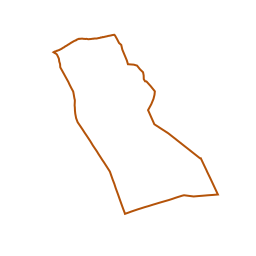 the district of Malem Hodar, Kaffrine, Senegal, rotated 149°
{"feature_id": "50182788B13883389428586", "entity_name": "Malem Hodar", "entity_type": "district", "adm_level": 2, "iso_a3": "SEN", "parent_name": "Senegal", "parent_adm1": "Kaffrine", "projection": "equal_earth", "projection_center": [-15.234, 14.358], "detail": "fine", "context": "isolated", "style": "outline", "palette": "amber", "viewbox_px": 256, "rotation_deg": 149, "n_neighbors": 0, "source": "geoboundaries", "source_scale": "gbopen_adm2", "svg_char_len": 2913}
<svg xmlns="http://www.w3.org/2000/svg" viewBox="0 0 256 256"><g transform="rotate(149 128 128)"><path d="M81.2,64.6L81.9,65.0L96.2,102.7L103.5,117.6L101.6,133.0L95.8,136.4L91.2,139.8L88.2,142.8L86.1,145.6L87.0,152.2L88.2,158.4L89.3,159.2L89.3,161.8L87.5,165.0L86.4,168.0L87.5,172.2L88.1,176.8L90.4,179.3L95.2,182.7L94.2,186.5L92.5,198.1L91.0,202.7L91.9,205.5L91.6,209.9L91.5,214.2L91.8,214.8L91.9,215.1L92.4,215.2L93.1,215.5L93.7,215.8L94.2,215.9L94.9,216.1L95.4,216.3L96.0,216.5L96.8,216.8L97.5,217.1L98.3,217.3L98.7,217.4L99.8,217.8L100.7,218.1L101.7,218.4L102.4,218.6L103.1,219.1L103.8,219.1L104.6,219.6L105.3,219.7L105.6,219.7L106.5,220.1L107.4,220.4L108.6,220.8L109.1,221.0L109.7,221.4L110.3,221.8L110.9,222.0L111.4,222.3L111.9,222.4L112.0,222.5L112.3,222.7L113.5,223.2L114.2,223.5L115.1,224.0L115.9,224.3L116.4,224.6L117.1,225.3L117.8,225.9L118.8,226.3L119.5,226.9L120.3,227.4L120.8,227.9L121.6,228.4L122.1,228.7L122.9,229.0L123.1,229.1L123.3,229.3L123.6,229.3L123.8,229.5L124.0,229.6L124.3,229.8L124.5,229.9L125.0,229.9L125.3,229.9L125.6,230.0L126.1,230.1L126.4,230.1L126.6,230.1L127.0,229.9L127.3,230.1L128.1,230.1L128.4,230.1L128.7,230.2L129.0,230.3L129.5,230.3L130.3,230.3L130.6,230.3L131.1,230.4L131.3,230.3L131.9,230.3L132.3,230.4L132.7,230.4L133.1,230.3L133.4,230.4L133.7,230.3L134.1,230.3L134.5,230.3L135.0,230.3L135.4,230.2L135.8,230.3L136.1,230.2L136.4,230.3L137.2,230.3L137.6,230.2L138.9,230.2L139.2,230.3L140.0,230.3L140.3,230.2L140.6,230.2L140.9,230.2L141.4,230.1L142.0,230.2L142.3,230.2L143.1,230.2L143.4,230.1L143.8,230.1L144.1,230.2L144.7,230.1L145.1,230.2L145.5,230.2L145.9,230.3L146.4,230.2L147.3,230.4L147.8,230.6L148.4,230.5L149.1,230.7L149.3,230.9L149.9,230.9L150.2,230.9L150.6,231.0L151.2,231.2L151.5,231.3L152.0,231.3L152.5,231.3L152.8,231.3L152.6,230.9L152.1,229.8L151.6,229.2L151.1,227.7L151.1,227.2L151.4,224.2L151.6,222.9L152.7,220.4L153.3,217.8L154.8,214.9L155.0,209.3L155.2,203.8L155.4,198.2L155.7,195.7L156.0,191.7L156.2,187.5L156.8,185.8L158.4,181.7L158.6,181.2L159.2,179.3L160.0,178.0L162.1,174.9L163.0,173.0L164.3,170.6L164.6,170.1L164.7,169.8L164.8,169.6L164.9,169.4L165.8,167.5L166.8,164.8L167.4,163.2L167.9,160.5L168.2,158.8L168.1,157.3L167.7,150.1L167.6,146.5L167.4,142.9L167.1,136.2L167.1,131.1L166.7,123.8L166.7,121.0L166.6,118.2L166.5,115.3L166.5,114.2L166.3,111.1L166.2,107.8L166.1,104.5L166.0,101.2L166.0,99.9L167.6,92.2L167.9,90.6L168.0,89.9L168.5,87.1L169.5,82.8L170.8,76.0L171.9,70.7L173.0,65.2L173.8,61.1L174.6,56.6L174.7,56.4L174.8,56.0L171.5,55.3L168.3,54.7L165.0,54.0L163.7,53.7L161.8,53.3L158.1,52.4L154.3,51.5L150.6,50.5L146.0,49.4L143.3,48.7L140.5,48.0L137.8,47.3L135.2,46.6L132.6,45.9L130.0,45.2L126.6,44.4L123.2,43.7L119.8,42.9L116.5,42.1L114.6,41.5L110.8,38.5L107.0,35.5L102.7,33.4L98.5,31.3L94.2,29.2L89.9,27.0L85.2,24.7L85.0,26.7L84.2,34.4L83.4,42.1L82.7,49.9L82.5,51.3L81.9,57.6L81.2,64.6Z" fill="none" stroke="#b45309" stroke-width="2"/></g></svg>